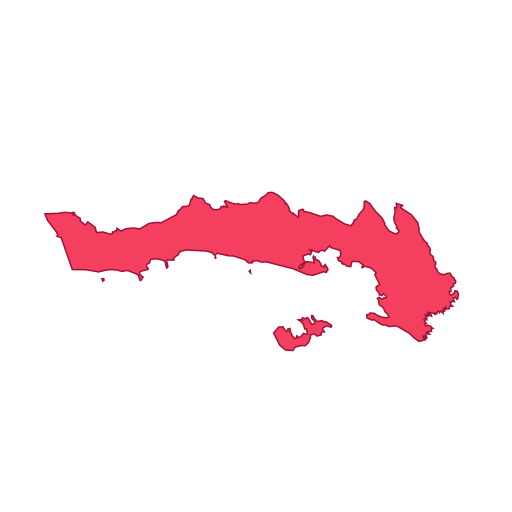 the district of Tapanuli Tengah, Sumatera Utara, Indonesia, rotated 315°
{"feature_id": "22746128B86210793324026", "entity_name": "Tapanuli Tengah", "entity_type": "district", "adm_level": 2, "iso_a3": "IDN", "parent_name": "Indonesia", "parent_adm1": "Sumatera Utara", "projection": "equal_earth", "projection_center": [98.833, 1.868], "detail": "fine", "context": "isolated", "style": "filled", "palette": "rose", "viewbox_px": 512, "rotation_deg": 315, "n_neighbors": 0, "source": "geoboundaries", "source_scale": "gbopen_adm2", "svg_char_len": 6164}
<svg xmlns="http://www.w3.org/2000/svg" viewBox="0 0 512 512"><g transform="rotate(315 256 256)"><path d="M116.5,135.7L126.0,145.4L133.5,156.0L140.0,159.9L144.4,163.6L147.8,167.7L150.3,172.1L154.0,174.6L155.6,176.8L158.8,184.2L159.0,186.9L156.8,190.9L157.1,191.9L161.2,191.1L160.7,187.0L162.3,185.4L163.4,185.1L170.3,189.2L171.0,188.7L171.1,186.6L171.7,185.3L172.8,184.7L175.8,185.6L179.3,183.9L183.6,187.6L186.6,192.1L187.9,195.3L184.3,201.3L185.5,201.6L186.6,200.7L189.5,196.1L190.4,196.0L195.0,200.8L196.3,199.6L198.3,199.3L202.2,200.2L203.9,199.0L207.1,200.0L211.3,202.8L224.4,217.4L227.2,222.5L227.2,225.8L227.9,226.6L230.4,226.5L236.7,236.4L240.1,240.1L245.5,250.7L245.8,255.6L248.5,258.2L249.6,258.0L249.5,257.2L253.0,259.4L255.6,264.2L259.2,267.5L273.2,291.2L278.9,305.1L282.6,309.8L292.9,315.1L294.0,317.3L295.0,317.2L295.4,316.3L296.9,316.8L297.9,315.5L298.9,310.9L297.3,311.1L296.5,312.1L295.1,308.8L296.2,307.6L297.0,304.4L296.8,302.5L295.7,300.6L297.0,298.8L296.0,298.6L296.6,296.8L295.5,297.1L292.5,302.0L287.8,295.8L285.0,295.5L283.6,296.3L282.6,294.7L281.6,294.8L281.4,296.8L279.6,295.7L278.9,296.6L278.1,296.3L277.8,295.6L278.5,294.2L280.7,293.7L286.5,295.1L286.8,292.6L289.2,289.2L294.5,291.6L295.4,293.6L298.6,292.3L298.1,289.8L299.4,290.5L300.9,294.5L302.8,297.8L304.7,297.6L307.5,299.2L307.7,301.0L315.5,300.9L314.9,303.1L319.6,311.8L317.9,313.4L317.9,314.3L315.0,315.9L313.8,315.9L312.5,314.6L311.2,317.3L311.3,318.8L312.3,319.9L312.2,321.5L311.4,321.9L311.6,323.3L312.6,323.5L313.1,327.4L315.5,330.6L319.3,328.1L320.5,328.1L324.7,332.7L325.4,338.2L322.9,338.7L322.7,339.3L325.7,340.3L328.4,344.8L329.0,347.2L329.1,352.3L328.8,353.0L326.9,353.1L323.2,363.7L319.2,362.7L317.2,364.9L316.9,369.0L315.7,370.7L316.8,372.8L319.3,372.8L319.7,375.5L319.2,377.0L318.1,377.2L317.3,376.3L314.6,375.5L313.8,372.2L311.8,371.8L311.4,374.0L309.0,377.1L308.8,378.4L309.5,382.4L307.8,386.8L308.0,389.7L306.9,392.9L304.8,392.2L301.5,387.9L299.6,383.2L299.2,380.4L296.4,376.9L294.0,377.0L292.8,375.7L290.7,378.4L292.5,383.0L294.6,384.9L295.8,391.7L297.0,394.7L298.4,395.6L300.4,400.3L304.9,403.7L306.5,406.6L309.7,418.9L309.9,426.3L311.0,432.0L312.5,432.2L313.3,433.3L314.8,433.6L316.5,435.1L317.2,434.7L316.5,432.5L317.2,430.8L318.7,431.6L317.7,433.4L318.6,434.7L319.4,434.4L319.3,432.3L320.8,432.4L322.3,430.5L323.0,431.0L322.5,432.6L323.4,433.9L323.6,432.3L324.4,431.3L326.8,433.4L328.3,431.4L329.9,432.3L329.6,430.7L330.0,429.0L329.0,428.0L328.5,426.4L327.1,426.2L326.6,424.1L327.5,423.4L328.7,424.3L329.6,420.1L331.7,421.8L331.7,419.9L332.8,420.6L333.8,417.6L334.9,420.2L336.0,418.0L336.8,417.7L336.5,420.4L337.6,422.7L338.2,421.4L337.9,419.3L338.5,418.2L341.0,422.2L341.5,424.9L342.1,422.9L343.3,424.6L344.8,423.6L346.1,423.8L345.6,425.9L347.7,425.5L347.8,428.9L348.9,427.5L350.4,428.2L350.3,426.6L351.0,425.6L352.0,427.6L352.9,426.1L354.1,425.9L353.3,428.1L355.0,429.9L357.5,428.7L359.7,430.5L359.3,427.9L360.7,425.8L361.5,427.1L363.2,426.8L364.0,428.5L365.0,426.2L366.2,425.5L367.9,426.2L367.3,428.4L368.2,429.0L372.4,425.9L373.4,422.9L371.8,421.2L370.3,422.4L366.3,421.8L365.6,420.4L367.4,418.0L368.0,417.8L368.7,419.0L371.3,416.2L374.2,417.1L375.5,415.5L377.7,416.2L379.4,415.2L379.8,412.9L380.5,411.8L379.9,410.6L381.1,405.2L378.9,403.5L375.2,401.9L374.6,400.0L373.5,399.4L373.4,395.3L374.5,393.3L374.6,390.8L376.0,388.9L377.5,388.8L378.8,387.2L378.4,385.3L380.8,381.6L380.5,378.7L381.3,376.5L383.4,375.2L384.5,373.5L385.1,369.6L386.1,368.0L385.8,364.8L386.4,361.3L388.3,354.4L390.4,352.4L394.0,346.7L395.0,336.7L392.4,324.0L395.5,324.0L395.4,323.6L392.4,318.0L389.6,321.4L388.4,319.7L385.4,323.3L380.0,326.8L377.7,330.5L376.2,335.3L375.1,335.4L374.9,339.6L373.1,340.0L370.2,339.1L367.8,332.4L369.1,324.7L370.1,324.0L372.0,318.6L372.0,309.0L373.6,299.1L372.5,294.7L371.2,294.0L367.0,297.8L364.4,299.1L358.7,299.3L353.4,301.0L350.9,300.0L349.1,301.1L344.5,301.7L341.3,295.9L338.9,286.1L338.6,282.5L335.2,277.1L329.7,273.6L324.9,263.7L321.5,258.5L322.3,256.5L321.8,255.7L318.1,254.1L313.6,258.5L312.7,255.7L312.6,252.8L312.3,253.2L311.6,251.4L311.7,248.3L313.9,244.0L314.7,240.3L313.5,240.0L314.8,238.1L315.0,235.9L314.5,228.3L312.8,223.1L311.1,221.1L309.1,219.8L306.2,220.0L300.4,218.6L295.3,219.6L292.0,217.4L289.6,214.0L286.9,213.4L281.1,208.3L280.5,206.2L279.1,205.9L276.3,201.7L273.7,195.4L272.3,195.1L270.4,201.3L268.8,198.3L268.6,198.9L267.2,197.8L266.7,196.5L265.4,196.5L264.1,197.6L261.0,195.5L259.1,193.5L258.4,191.1L258.6,188.9L259.6,186.9L257.8,183.1L257.8,181.9L258.6,180.8L259.1,177.8L256.0,173.9L254.7,169.1L252.1,169.6L251.1,170.5L249.9,170.1L245.8,172.5L243.3,172.8L239.0,169.1L235.7,169.6L233.1,169.0L229.0,170.5L212.1,165.3L210.7,163.2L206.0,159.1L202.5,157.0L193.1,154.8L189.1,149.5L183.3,144.7L178.0,142.8L177.4,138.1L175.0,139.7L174.3,138.7L172.1,138.5L171.6,137.6L170.8,138.4L168.4,137.6L164.9,131.0L159.9,126.6L162.5,121.9L161.2,112.9L157.1,113.4L156.7,106.9L158.3,105.1L157.2,100.3L157.6,99.0L155.8,97.5L158.3,96.8L156.8,95.2L157.1,96.3L156.6,95.9L151.5,89.7L146.6,86.2L136.5,76.9L133.8,83.3L131.8,98.1L130.8,100.6L129.1,101.5L129.9,102.4L131.0,105.8L116.5,135.7ZM224.1,328.4L225.0,325.2L221.8,322.3L214.0,322.9L209.7,336.0L210.4,343.4L215.3,349.0L219.4,348.1L224.9,351.5L227.3,354.3L232.0,354.3L236.9,352.1L238.6,350.5L241.7,351.7L242.5,354.0L242.5,355.8L246.3,357.9L247.7,356.6L249.1,356.4L250.6,358.1L251.2,356.6L251.0,354.9L252.6,354.1L256.6,355.5L258.7,359.4L260.4,358.7L259.3,353.0L258.9,351.7L257.3,350.5L257.3,348.6L253.0,345.6L253.0,340.9L254.1,338.8L253.3,337.5L251.3,339.6L251.2,343.7L250.1,344.9L248.4,344.7L247.0,343.7L248.7,337.7L248.7,335.6L246.6,335.4L245.2,332.5L244.0,333.1L243.6,334.2L242.2,332.0L240.7,331.0L241.5,334.3L241.2,337.7L238.9,342.0L240.1,343.2L237.5,347.5L235.7,346.2L234.8,344.3L230.3,344.7L228.7,344.1L228.4,341.3L226.3,342.6L224.8,341.5L225.3,339.9L225.2,337.7L226.4,335.8L226.3,332.9L227.6,333.3L228.8,331.2L227.0,330.1L226.0,330.8L224.1,330.8L224.1,328.4ZM131.5,165.7L132.3,164.4L131.0,163.1L129.8,165.5L131.5,165.7ZM241.9,262.0L240.4,261.9L240.2,264.1L241.9,262.0ZM226.4,228.9L227.0,227.5L225.9,228.1L225.8,229.0L226.4,228.9Z" fill="#f43f5e" stroke="#9f1239" stroke-width="1.5"/></g></svg>